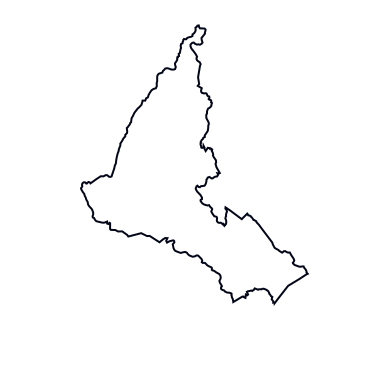 Tonayán, Veracruz, Mexico (Natural Earth projection), rotated 328°
{"feature_id": "50627088B6451508023374", "entity_name": "Tonayán", "entity_type": "district", "adm_level": 2, "iso_a3": "MEX", "parent_name": "Mexico", "parent_adm1": "Veracruz", "projection": "natural_earth1", "projection_center": [-96.914, 19.72], "detail": "fine", "context": "isolated", "style": "outline", "palette": "ink", "viewbox_px": 384, "rotation_deg": 328, "n_neighbors": 0, "source": "geoboundaries", "source_scale": "gbopen_adm2", "svg_char_len": 6027}
<svg xmlns="http://www.w3.org/2000/svg" viewBox="0 0 384 384"><g transform="rotate(328 192 192)"><path d="M203.0,330.2L207.6,328.4L223.8,322.5L236.7,322.7L245.2,322.5L246.8,322.7L246.5,320.8L247.1,319.9L247.3,317.7L247.0,316.0L247.2,314.2L246.4,313.7L245.6,313.4L243.6,312.4L240.6,308.6L240.1,307.5L239.8,305.9L240.1,305.4L241.4,305.0L242.5,304.1L242.8,302.8L242.8,300.2L242.7,298.3L242.9,295.2L241.2,294.1L240.4,293.0L239.7,291.5L238.5,290.9L237.5,291.1L236.3,291.2L234.8,288.2L234.5,286.8L233.2,284.7L232.5,283.1L232.8,279.0L233.3,277.6L231.6,258.5L231.4,255.4L230.7,252.0L231.0,250.9L230.4,249.9L230.0,248.8L229.3,248.2L229.4,246.7L229.3,245.4L229.0,244.9L229.0,243.7L228.4,242.6L227.3,241.5L227.5,240.4L227.4,239.6L219.8,241.4L214.5,227.8L212.3,222.8L211.5,223.8L211.7,224.9L211.6,226.1L211.3,227.1L209.9,228.2L208.7,229.4L208.2,230.5L207.2,231.1L206.2,232.3L206.1,233.4L205.6,234.9L204.6,236.4L203.8,237.1L203.0,237.5L201.5,237.9L201.5,236.9L201.9,236.3L201.7,235.5L200.8,235.5L200.7,234.3L200.0,233.2L198.7,232.6L197.8,231.4L197.7,229.9L198.3,228.8L199.4,227.5L199.7,226.4L199.3,225.6L198.1,224.4L197.9,222.3L197.9,220.0L198.0,218.8L200.1,217.2L200.1,215.9L199.6,214.6L199.5,213.5L199.5,212.2L198.1,211.7L196.8,210.4L195.7,209.1L194.7,207.1L194.5,204.1L195.3,203.2L196.6,203.4L197.4,202.3L197.6,200.4L197.5,198.5L196.6,194.3L196.7,191.9L197.0,191.0L198.8,189.6L199.9,189.5L200.3,191.3L201.3,192.1L202.5,191.8L205.9,193.3L207.1,192.9L208.5,191.9L209.9,190.5L210.9,189.1L212.0,188.8L212.9,188.1L214.7,188.4L215.9,191.0L216.8,191.4L218.1,191.2L219.7,191.3L221.6,192.1L223.3,191.2L223.5,189.5L224.6,190.5L225.6,190.7L225.9,183.9L226.9,180.5L228.1,179.8L229.1,177.8L229.0,175.3L228.9,173.7L229.2,172.0L229.9,171.4L230.4,169.7L230.6,167.4L231.6,166.8L231.4,165.7L230.7,164.6L230.1,164.9L229.8,163.8L228.8,162.9L225.3,164.5L225.6,161.1L226.1,161.0L226.3,158.9L225.2,160.4L223.9,159.9L223.4,159.2L224.1,157.8L224.3,156.6L224.7,155.7L225.6,155.3L225.7,154.3L227.9,153.0L229.4,152.8L230.3,152.0L232.1,152.1L232.4,151.3L232.9,150.7L234.4,150.1L237.8,148.5L239.6,146.4L240.7,144.7L242.6,142.9L243.1,141.0L243.2,138.4L243.4,136.8L245.0,134.1L246.3,133.4L247.6,131.4L249.8,129.8L251.8,129.9L253.8,129.4L254.7,128.3L256.1,127.1L255.7,126.0L256.3,125.5L256.6,124.9L256.7,124.2L255.9,123.2L255.4,122.4L255.4,122.0L256.2,121.8L257.0,120.9L257.1,120.4L257.1,119.9L256.6,119.6L256.3,119.2L256.2,118.6L256.2,117.9L256.4,117.2L256.5,116.5L256.4,116.0L255.7,115.3L254.7,114.9L254.0,114.5L253.7,113.8L253.1,113.4L252.8,112.5L253.3,110.9L255.3,109.1L253.1,105.1L255.3,104.2L257.9,98.0L260.6,94.9L265.6,89.3L267.1,88.1L267.3,86.0L266.6,84.6L266.1,83.0L266.3,81.6L267.0,80.6L268.0,80.0L268.2,77.3L267.9,73.0L267.6,70.9L267.6,69.2L268.1,67.3L268.9,66.2L270.2,65.8L271.4,65.7L272.7,66.2L273.1,67.9L274.2,69.5L275.8,70.3L276.8,71.3L278.6,71.4L280.1,70.9L280.8,68.2L281.7,66.4L286.9,64.6L287.4,63.6L288.7,62.5L289.6,61.5L289.3,60.1L287.4,58.7L285.5,57.5L285.4,56.2L286.0,54.3L284.8,53.8L283.3,54.5L282.1,54.4L280.8,56.8L279.5,57.8L277.7,58.5L276.0,58.6L275.0,60.0L273.6,59.9L270.8,59.0L269.4,58.8L268.2,59.4L267.1,58.8L266.4,58.0L265.3,58.3L264.5,59.3L263.7,59.7L262.8,60.9L261.2,60.7L259.8,62.1L259.0,64.1L257.9,64.9L256.6,66.3L255.3,67.7L253.9,67.8L253.1,69.8L251.5,69.7L251.3,70.4L250.4,70.5L249.5,72.1L247.6,73.1L245.8,73.8L244.9,75.5L244.5,77.4L242.8,78.8L241.1,78.4L239.4,77.2L237.7,75.0L236.6,73.9L234.7,73.1L233.1,73.7L231.6,73.9L230.1,75.0L226.5,74.1L224.7,74.7L223.5,75.9L221.2,79.6L219.8,80.9L218.2,83.6L216.3,84.9L214.0,84.2L211.5,84.3L208.4,85.7L206.5,86.8L204.7,88.4L202.8,88.2L200.8,89.7L198.5,88.3L197.5,89.4L195.3,91.3L191.9,92.2L190.3,92.4L185.4,94.2L183.7,95.2L181.9,96.4L179.9,97.4L178.2,99.4L177.4,100.5L176.1,100.8L175.0,101.8L173.6,102.2L172.1,102.9L170.6,103.2L169.2,106.2L168.1,107.6L165.8,108.1L164.8,109.5L162.3,110.2L159.9,111.6L156.7,113.1L156.1,114.4L152.4,117.2L151.7,118.2L149.5,119.9L147.5,121.7L145.0,124.4L142.5,127.5L140.4,128.8L138.9,130.5L132.0,136.2L130.7,135.9L129.6,134.9L129.2,133.2L128.5,132.4L127.5,131.9L126.2,131.9L125.2,131.8L123.0,130.3L117.8,130.4L110.5,130.9L110.5,129.9L110.2,129.3L109.6,128.7L108.2,128.8L107.2,129.1L106.8,128.8L106.7,128.0L106.4,127.1L105.3,126.4L104.1,126.5L103.1,127.0L102.4,127.9L102.1,128.8L101.7,129.3L99.9,130.0L99.5,131.2L99.4,134.2L99.6,136.8L99.1,138.0L98.9,140.4L98.5,141.7L98.3,142.8L98.3,144.8L98.0,145.8L97.5,146.9L97.2,148.1L97.3,149.7L97.9,153.0L97.9,154.3L97.3,157.1L96.3,158.7L94.8,159.9L94.4,161.1L95.2,162.2L95.0,163.5L95.1,164.9L95.4,166.1L99.4,170.2L100.6,171.1L101.8,171.7L103.3,171.9L104.3,172.1L103.3,173.8L104.1,174.8L105.7,174.4L106.0,175.1L102.9,180.0L103.1,181.1L106.9,183.7L108.3,186.2L112.0,188.5L114.3,194.1L114.4,196.0L127.1,200.0L130.5,205.5L132.8,206.8L137.8,217.4L142.3,216.8L144.8,216.8L146.7,218.1L144.2,219.8L144.0,221.7L146.6,221.8L150.1,222.9L150.7,223.3L150.9,224.1L150.3,225.4L148.0,226.1L146.6,229.8L146.4,231.3L146.6,233.0L148.6,235.8L150.3,237.8L152.5,238.4L154.6,239.3L155.5,240.9L155.6,242.8L156.3,244.6L158.2,247.2L160.3,248.1L162.3,248.2L163.5,249.1L164.6,253.9L164.3,255.6L163.1,256.7L163.4,257.7L165.3,258.9L165.7,260.1L166.1,262.3L166.9,263.8L168.4,266.0L168.6,266.9L168.3,267.5L167.6,268.4L167.7,269.2L168.4,269.8L169.1,270.8L170.0,273.1L171.5,275.7L171.8,277.1L171.6,278.6L170.9,279.9L169.9,280.9L168.1,281.9L167.8,283.0L167.5,284.6L167.6,285.6L167.5,287.4L167.3,287.9L166.3,288.1L165.6,288.9L165.3,289.9L165.8,291.0L167.1,292.6L167.3,294.1L168.0,295.1L168.5,295.9L170.4,297.3L171.6,298.8L171.6,299.5L170.8,300.2L170.6,301.2L170.0,302.6L169.9,304.3L169.2,306.2L168.7,307.2L179.3,307.4L180.2,307.9L180.2,308.6L181.2,310.1L183.3,307.5L184.0,308.8L185.2,308.7L185.6,305.8L186.7,305.8L190.2,307.1L190.5,307.8L192.5,307.8L194.1,307.0L196.3,309.9L197.3,310.0L199.3,311.3L200.5,311.4L201.8,312.3L203.5,314.7L203.4,315.0L203.8,315.8L204.1,316.5L204.0,318.3L203.6,319.2L203.9,320.4L203.8,322.0L204.5,323.6L203.7,324.2L202.7,325.3L203.0,328.1L202.2,328.9L203.3,329.6L203.0,330.2Z" fill="none" stroke="#020617" stroke-width="2"/></g></svg>